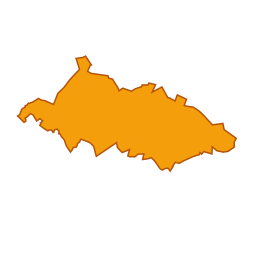 the district of Soyopa, Sonora, Mexico, rotated 137°
{"feature_id": "50627088B25999979244986", "entity_name": "Soyopa", "entity_type": "district", "adm_level": 2, "iso_a3": "MEX", "parent_name": "Mexico", "parent_adm1": "Sonora", "projection": "robinson", "projection_center": [-109.561, 28.809], "detail": "fine", "context": "isolated", "style": "filled", "palette": "amber", "viewbox_px": 256, "rotation_deg": 137, "n_neighbors": 0, "source": "geoboundaries", "source_scale": "gbopen_adm2", "svg_char_len": 2134}
<svg xmlns="http://www.w3.org/2000/svg" viewBox="0 0 256 256"><g transform="rotate(137 128 128)"><path d="M183.7,214.1L186.5,213.7L188.0,214.4L189.4,213.3L191.0,213.9L191.9,214.2L193.3,214.0L198.1,211.6L200.5,212.1L200.4,209.2L200.3,206.0L200.2,203.1L198.2,202.6L197.0,203.9L196.6,205.3L193.9,204.9L191.0,205.0L190.5,205.0L189.5,205.0L188.5,202.5L189.6,197.4L190.0,195.4L186.1,194.9L185.6,191.3L188.7,191.3L188.6,190.7L190.7,190.1L189.8,185.1L189.7,184.8L188.6,180.6L188.0,180.5L186.9,180.2L185.5,178.8L185.5,176.9L185.9,176.0L185.1,175.5L183.2,176.8L180.6,175.6L180.7,172.8L182.6,170.9L181.7,170.1L182.6,167.1L182.6,163.1L185.3,156.9L186.5,149.6L183.5,150.1L181.3,151.0L178.8,149.3L177.0,150.0L175.9,151.0L172.8,150.9L170.5,151.8L170.2,151.9L169.9,151.8L166.6,145.0L165.8,143.3L165.6,138.0L170.5,128.9L146.4,125.1L149.1,120.8L149.0,114.0L141.5,111.2L147.2,107.7L146.2,105.5L145.0,104.8L143.5,103.1L142.7,102.2L138.4,102.0L134.1,98.2L138.8,95.0L134.7,92.1L131.2,90.4L131.1,88.8L131.0,85.5L132.3,76.4L131.7,73.9L128.5,73.0L127.3,72.3L126.0,71.0L126.6,67.7L122.2,68.8L121.5,69.1L121.7,69.5L119.1,70.1L116.8,70.6L114.7,67.3L109.5,66.0L109.0,65.8L108.9,65.8L100.2,62.8L99.1,62.4L96.5,61.1L94.2,59.9L92.2,60.9L92.1,58.7L88.7,59.1L84.3,51.8L79.2,56.8L78.5,50.8L74.9,45.5L70.7,42.6L63.2,41.6L59.9,45.3L55.9,46.6L58.8,61.3L55.5,66.6L64.1,72.7L64.1,75.2L64.1,85.9L64.1,86.4L64.1,87.3L64.5,92.4L66.0,98.6L69.7,103.3L70.6,104.4L70.7,104.6L71.6,106.1L65.6,109.1L69.4,118.6L75.1,115.7L76.2,118.5L76.8,121.0L78.2,123.1L75.2,134.9L83.9,137.2L85.8,137.7L78.3,140.9L81.0,145.0L82.1,146.6L84.1,145.9L88.3,149.8L89.9,149.0L94.0,150.8L95.9,151.7L100.4,152.5L102.0,155.6L102.6,156.7L104.7,160.7L109.2,161.3L108.0,164.0L106.0,174.3L108.1,177.6L107.5,178.8L107.0,179.8L117.7,193.1L118.7,196.1L118.9,197.0L112.5,199.8L112.3,199.9L111.5,198.4L111.8,199.4L111.7,199.8L110.0,209.5L112.9,210.4L118.5,214.3L123.5,203.9L134.2,203.3L134.9,203.2L135.1,203.1L137.7,203.0L147.0,201.3L149.2,201.3L149.3,201.3L155.8,201.1L166.4,196.0L170.2,204.7L172.5,207.7L173.2,210.6L180.1,212.0L182.9,213.1L183.7,214.1Z" fill="#f59e0b" stroke="#b45309" stroke-width="1.5"/></g></svg>